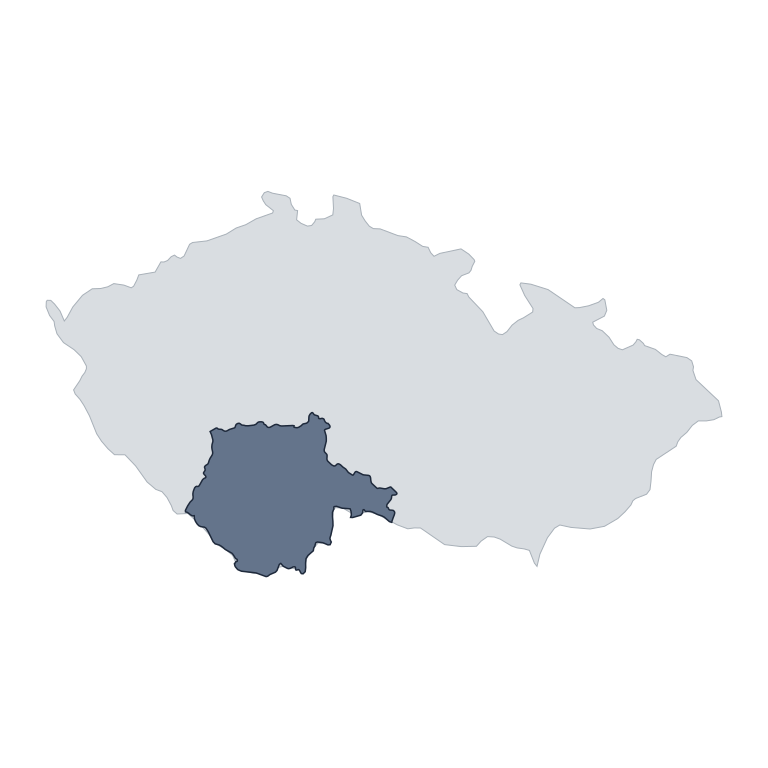 Jihočeský highlighted on a map of Czechia
{"feature_id": "CZE-1593", "entity_name": "Jihočeský", "entity_type": "Region", "adm_level": 1, "iso_a3": "CZE", "parent_name": "Czechia", "parent_adm1": "", "projection": "albers", "projection_center": [14.581, 49.086], "detail": "fine", "context": "in_parent", "style": "filled", "palette": "slate", "viewbox_px": 768, "rotation_deg": 0, "n_neighbors": 0, "source": "natural_earth", "source_scale": "10m", "svg_char_len": 7785}
<svg xmlns="http://www.w3.org/2000/svg" viewBox="0 0 768 768"><path d="M721.9,416.6L719.4,417.0L713.8,419.7L706.4,420.9L698.3,420.9L692.3,425.4L686.8,432.4L680.9,437.4L677.8,441.8L676.2,446.2L656.2,459.4L653.5,464.6L651.6,471.7L651.0,481.1L650.0,489.6L646.6,494.2L635.6,498.5L632.9,500.7L630.9,505.0L624.9,511.9L617.8,518.5L604.5,526.3L590.0,529.0L571.0,527.4L559.8,525.0L554.5,528.2L547.4,537.8L539.9,554.2L537.0,566.4L534.4,563.1L529.4,550.4L524.2,548.9L517.1,547.9L511.8,546.1L500.1,539.1L494.2,537.0L487.5,536.6L481.1,541.1L476.4,546.3L461.2,546.6L444.6,544.6L420.5,528.0L414.4,527.9L407.8,528.8L397.4,524.9L377.2,514.1L367.8,511.6L361.9,513.2L356.5,515.7L352.6,516.1L350.4,512.5L342.9,508.1L335.4,507.7L333.3,510.3L330.9,534.6L328.4,543.4L318.1,543.0L314.4,547.2L306.3,558.9L304.7,570.2L290.6,568.0L283.9,566.1L278.0,567.5L271.5,573.7L253.2,573.3L238.8,569.5L232.7,555.5L226.1,549.9L217.9,544.9L215.0,543.7L210.5,536.1L201.9,526.5L188.0,513.5L177.1,514.0L173.1,510.5L171.4,505.7L167.0,497.5L162.0,491.7L155.8,489.4L147.1,482.0L135.6,465.9L125.0,454.8L114.5,454.7L108.0,448.8L101.5,441.2L96.7,433.8L89.5,415.9L84.1,405.7L80.0,399.4L75.2,394.0L73.6,389.9L79.8,380.7L82.1,376.1L84.8,372.6L86.4,368.8L86.4,366.0L81.2,356.6L74.1,349.7L63.5,342.6L57.0,333.8L54.7,325.9L54.1,321.5L49.6,315.5L46.1,306.9L46.3,301.7L47.2,300.3L50.8,300.4L54.6,304.1L60.0,311.0L64.3,321.0L67.2,317.3L72.8,307.0L82.5,295.3L92.2,288.8L100.8,288.5L107.8,286.8L113.8,283.6L123.9,285.1L131.2,287.8L133.6,286.3L136.8,280.2L138.8,274.9L155.1,272.1L160.9,261.9L164.0,262.0L167.6,260.5L171.2,256.7L174.5,255.1L177.1,257.1L180.5,258.4L184.1,256.0L189.6,244.3L192.6,242.5L206.9,240.9L226.3,234.1L236.2,228.0L245.8,224.7L256.2,218.8L272.6,213.0L273.4,210.7L265.8,204.7L263.3,200.9L261.6,197.0L264.3,192.7L267.9,191.4L272.5,193.2L286.2,195.8L290.0,198.3L291.3,204.4L294.8,210.0L297.6,210.6L296.6,219.8L301.0,223.3L307.4,226.1L311.6,225.5L314.7,221.8L315.8,219.2L324.3,218.8L332.8,214.9L333.5,208.5L332.9,196.7L333.8,195.0L346.7,198.3L359.7,203.5L361.6,215.2L365.2,221.0L369.3,226.2L373.3,228.6L380.1,228.9L397.9,235.6L406.4,236.9L415.2,241.6L422.7,246.4L428.1,247.3L430.7,252.7L434.0,256.3L439.8,253.4L461.0,248.9L468.8,254.1L474.1,259.6L474.8,261.3L472.2,266.4L471.0,270.3L468.9,272.9L461.6,275.7L457.6,280.2L454.7,285.1L456.8,289.6L462.9,293.0L467.1,293.6L468.8,297.0L482.8,311.7L494.1,331.0L498.5,334.0L502.5,334.6L507.0,331.6L512.1,325.1L518.2,320.3L523.5,317.8L532.7,312.0L533.0,308.5L524.7,295.5L519.9,284.8L520.9,282.9L530.9,284.2L548.1,289.6L574.9,307.8L579.5,307.6L588.6,305.8L598.4,302.3L603.0,298.5L604.8,299.8L606.8,310.3L604.4,316.1L592.7,322.2L593.5,325.0L596.7,328.5L602.2,330.7L609.0,337.2L613.9,344.8L618.0,348.3L622.4,349.8L633.1,345.1L636.0,341.7L637.2,339.3L639.4,339.8L643.4,343.4L644.6,345.6L655.4,349.4L661.8,354.5L665.8,356.8L670.0,354.2L686.9,357.6L691.7,360.9L693.5,366.8L692.9,370.4L696.0,379.6L718.5,400.8L721.4,412.1L721.9,416.6Z" fill="#d9dde1" stroke="#a8b0b8" stroke-width="1"/><path d="M192.4,515.9L190.6,514.9L188.9,513.5L187.2,512.3L185.5,511.9L185.4,510.4L187.7,505.8L190.1,502.1L192.3,499.9L192.8,499.1L193.1,498.2L193.1,496.9L193.1,496.1L192.9,495.2L192.9,493.5L193.3,491.3L194.6,487.9L195.7,486.7L196.7,486.3L197.9,486.5L198.3,486.4L198.7,486.2L199.7,484.8L202.5,479.8L203.4,478.9L204.4,478.2L205.3,477.9L205.8,477.4L205.9,476.9L205.5,475.8L204.1,474.3L203.7,473.7L203.5,473.2L203.6,472.6L204.0,472.0L204.6,471.1L205.0,470.5L205.1,469.9L205.1,469.1L204.6,467.6L204.5,467.1L204.7,466.5L205.2,465.9L205.6,465.5L207.3,464.4L207.8,464.0L208.2,463.4L208.6,462.3L209.2,460.3L210.1,458.3L212.1,455.1L212.5,454.1L212.7,453.1L212.6,451.8L212.0,449.0L211.8,447.1L212.0,444.7L212.8,441.8L212.9,441.0L212.8,439.7L211.5,434.7L210.1,431.5L216.0,428.1L216.6,428.0L217.1,428.1L218.2,429.0L218.8,429.2L220.9,429.3L221.6,429.4L222.1,429.6L222.7,430.1L224.5,431.1L225.4,431.2L226.4,431.1L228.2,430.2L228.8,429.8L229.6,429.4L234.4,427.9L234.8,427.7L235.0,427.4L235.6,425.6L236.1,424.5L236.7,424.0L237.9,423.4L238.6,423.3L239.3,423.3L240.4,423.9L241.6,424.9L242.2,425.1L244.1,425.3L245.4,425.7L248.0,425.8L253.9,425.1L255.9,424.3L257.7,422.5L258.2,422.2L258.6,422.0L259.9,421.8L261.5,421.8L262.7,422.1L263.2,422.4L263.5,422.8L263.9,423.8L264.1,424.2L264.3,424.4L264.6,424.5L265.0,424.6L265.5,424.8L265.8,425.1L266.2,425.6L266.5,425.9L266.9,426.6L267.2,426.8L267.4,427.0L267.7,427.2L268.2,427.4L268.9,427.4L270.0,427.3L274.7,424.7L275.5,424.5L276.8,424.4L278.1,424.8L279.8,425.7L281.7,426.0L292.9,425.5L294.1,425.8L294.0,426.3L294.0,426.7L294.0,427.1L294.2,427.3L296.6,427.7L297.7,427.6L298.8,427.2L301.2,425.7L302.7,424.2L303.3,423.9L306.6,423.2L308.0,422.0L308.7,421.1L308.9,417.0L309.0,416.5L309.0,416.1L309.7,414.8L310.1,414.2L310.4,413.8L311.6,412.7L312.1,412.6L312.5,412.6L313.1,413.2L313.8,414.2L314.1,414.6L314.6,414.9L317.6,415.8L318.2,416.2L318.5,416.8L318.6,417.2L318.6,418.2L319.1,418.6L320.2,418.7L322.1,418.3L323.3,418.7L324.0,419.2L324.2,419.7L324.5,420.6L324.9,421.3L325.3,422.0L325.8,422.5L326.3,422.9L326.7,423.2L327.2,423.4L327.9,423.3L329.3,424.9L329.7,425.5L330.0,426.3L330.0,427.0L329.6,427.7L328.9,428.2L325.4,429.3L324.8,429.7L324.5,430.3L326.1,435.7L326.3,438.3L326.3,441.1L324.2,449.6L324.2,450.6L324.4,451.6L324.9,452.3L326.5,454.0L326.8,454.4L327.0,454.9L327.1,455.7L326.9,458.9L327.0,459.6L327.3,460.4L327.8,461.2L331.6,464.8L333.6,465.9L334.5,466.0L335.4,465.7L337.1,464.1L338.0,463.8L338.9,463.9L340.5,464.8L342.8,467.0L345.7,469.0L348.4,472.5L352.5,475.1L352.9,475.1L353.4,474.8L355.1,472.1L355.6,471.7L356.2,471.5L356.8,471.6L362.2,474.3L362.6,474.6L363.8,474.9L368.7,475.4L369.6,475.8L370.2,476.6L370.6,477.9L370.8,480.4L371.1,481.8L371.4,482.8L371.9,483.5L376.8,488.1L377.2,488.3L377.7,488.4L379.4,488.0L379.8,488.0L384.6,488.8L386.1,488.7L390.0,487.1L390.4,487.0L390.8,487.0L391.1,487.3L396.0,492.0L396.7,492.8L396.9,493.4L396.9,493.8L396.6,494.2L396.2,494.5L395.7,494.8L395.0,495.0L392.7,495.1L392.2,495.2L391.9,495.5L391.7,496.1L391.6,496.8L391.5,497.9L391.3,498.7L390.8,499.7L387.6,503.7L387.1,504.3L386.9,504.9L386.7,506.2L386.8,506.8L387.0,507.2L387.2,507.3L387.5,507.3L387.8,507.4L388.2,507.8L388.6,508.8L389.0,509.5L389.6,509.9L390.3,510.1L392.0,510.2L393.2,510.4L393.6,510.7L394.1,511.2L394.6,512.0L394.7,512.5L394.7,513.2L394.3,514.8L392.8,518.7L392.4,520.0L392.0,520.9L391.8,522.4L391.7,522.4L389.4,521.6L384.3,517.2L382.1,516.0L377.5,514.5L372.6,512.1L370.3,511.4L365.6,511.4L365.0,511.1L364.6,510.3L364.1,509.7L363.3,509.7L362.9,510.3L362.7,512.4L362.3,513.2L361.0,515.0L360.4,515.3L352.7,517.5L350.6,517.4L351.3,515.2L351.3,513.1L350.9,511.0L350.1,508.8L342.2,508.2L336.5,506.3L334.3,506.6L333.9,506.9L333.8,507.4L333.8,508.1L333.9,508.9L332.5,512.2L332.5,516.7L332.9,521.4L333.0,525.7L330.8,535.4L330.1,537.4L329.9,538.5L330.2,539.5L330.6,540.7L331.1,541.7L331.3,542.0L330.1,544.7L328.0,544.9L322.8,542.7L317.4,542.0L315.9,542.6L315.3,544.1L314.9,546.0L313.8,547.8L313.3,550.8L307.9,555.5L306.0,558.7L305.6,562.9L305.7,567.6L305.2,571.7L304.7,572.2L303.1,573.8L301.4,573.6L300.6,572.6L300.0,571.2L298.9,569.7L298.3,569.6L296.7,570.1L295.9,570.0L295.6,569.4L295.5,568.3L295.4,567.3L294.8,566.8L293.2,566.9L290.1,568.4L288.6,568.7L287.4,568.4L283.3,566.3L280.8,563.4L279.3,564.4L277.0,570.5L275.4,572.2L270.0,574.5L267.9,576.1L267.1,576.4L266.1,576.6L256.0,572.9L241.4,571.2L237.9,569.7L237.1,568.9L235.3,566.7L234.9,565.8L234.4,563.7L234.6,563.3L235.2,563.0L235.9,561.6L236.2,561.4L236.7,561.5L237.2,561.3L237.4,560.4L237.1,559.4L236.5,559.0L235.8,558.7L235.3,558.2L234.6,556.9L232.9,554.3L232.0,553.3L225.2,549.4L223.0,547.5L221.1,546.1L219.2,545.0L215.1,543.8L213.1,541.7L208.3,531.8L205.9,528.1L204.5,527.2L200.7,526.6L198.8,525.7L197.1,523.9L195.5,521.4L194.4,518.6L194.2,515.7L192.4,515.9Z" fill="#64748b" stroke="#1e293b" stroke-width="1.5"/></svg>